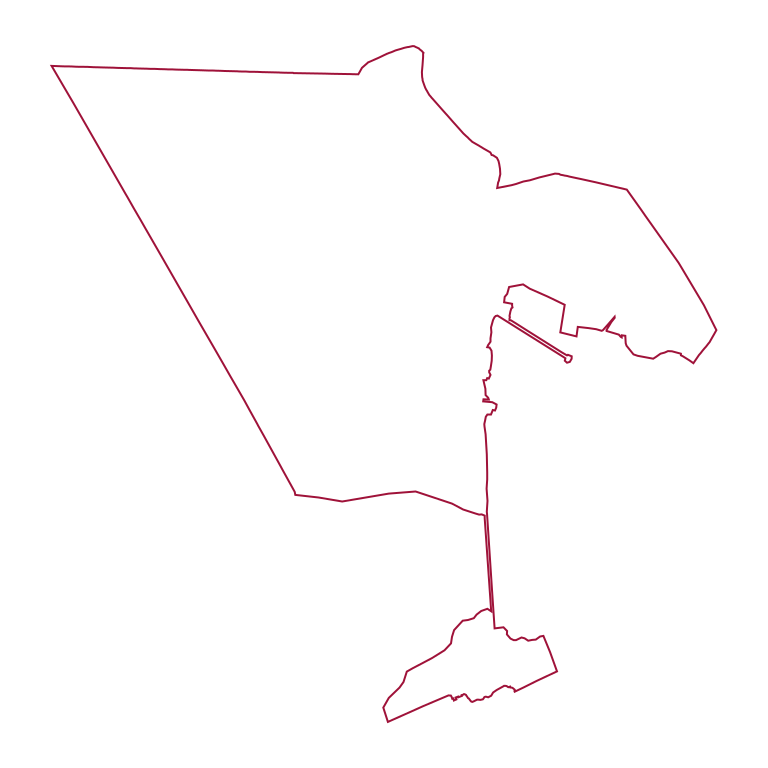 the district of Al Mansurah, `Adan, Yemen
{"feature_id": "15242507B60312566406637", "entity_name": "Al Mansurah", "entity_type": "district", "adm_level": 2, "iso_a3": "YEM", "parent_name": "Yemen", "parent_adm1": "`Adan", "projection": "natural_earth1", "projection_center": [44.982, 12.841], "detail": "fine", "context": "isolated", "style": "outline", "palette": "rose", "viewbox_px": 768, "rotation_deg": 0, "n_neighbors": 0, "source": "geoboundaries", "source_scale": "gbopen_adm2", "svg_char_len": 5463}
<svg xmlns="http://www.w3.org/2000/svg" viewBox="0 0 768 768"><path d="M571.6,358.8L571.7,356.3L567.9,354.8L567.0,355.4L561.7,352.3L525.5,329.5L515.6,323.2L510.9,320.3L509.5,320.2L509.5,318.3L509.9,317.2L509.5,316.0L510.4,311.4L511.4,308.3L512.5,307.5L512.1,305.7L512.1,303.8L504.1,302.3L504.7,296.9L507.2,293.9L509.1,287.0L523.1,284.4L529.8,288.7L547.5,296.5L564.7,304.8L560.3,332.4L576.5,336.4L577.8,326.9L588.6,328.1L596.2,329.2L601.7,330.8L602.9,330.2L608.4,324.0L614.6,316.8L614.7,317.8L611.3,322.1L609.2,325.6L606.5,330.0L606.6,331.0L609.0,331.7L618.8,334.6L620.7,336.8L621.7,337.4L621.8,335.3L625.3,335.8L625.7,343.2L626.5,345.7L633.5,354.4L637.6,355.8L653.2,358.7L656.0,356.9L660.5,353.7L664.6,352.6L668.0,351.1L672.0,351.3L680.9,353.7L680.9,355.3L682.9,356.3L689.3,360.3L693.4,363.2L699.0,355.0L699.8,354.1L700.6,353.2L702.6,350.6L704.7,348.1L705.9,346.8L707.0,345.4L707.6,344.6L708.7,343.2L709.5,342.3L712.1,337.7L714.0,334.4L716.4,330.1L714.9,327.2L703.9,305.2L681.2,267.1L678.6,262.8L653.0,226.6L645.4,215.9L640.9,209.4L626.8,189.6L595.8,182.3L580.8,179.0L576.0,178.0L569.5,176.6L568.7,176.4L567.7,176.1L566.2,175.8L564.7,175.6L563.1,175.2L561.3,174.9L560.4,174.7L559.0,173.9L555.0,173.6L554.6,173.7L553.5,174.0L541.6,176.9L539.5,177.4L537.5,178.0L529.8,180.3L523.4,181.5L516.0,184.0L511.5,185.2L497.2,188.0L497.5,186.3L498.1,182.6L499.0,180.4L499.3,178.5L500.3,174.2L500.0,168.8L499.2,164.0L498.5,161.0L496.9,157.8L493.1,155.3L491.6,155.0L491.0,153.6L490.3,152.4L487.9,151.0L486.5,150.2L483.5,148.5L481.3,147.1L479.9,146.3L479.0,145.7L476.0,144.0L472.2,141.8L471.2,140.8L469.2,139.0L467.7,137.4L466.3,136.2L464.8,134.8L463.3,133.4L460.2,129.9L453.3,122.2L446.9,114.9L445.7,113.6L442.4,109.9L432.6,98.8L431.4,97.5L430.9,96.8L429.3,95.0L427.6,92.1L427.4,91.7L427.1,91.1L426.2,89.7L425.2,87.7L424.9,86.9L424.3,85.3L423.6,83.3L423.0,81.6L422.6,80.4L422.5,78.9L422.4,78.3L422.3,78.1L422.2,77.4L422.1,76.5L422.0,74.2L421.9,72.1L422.5,65.4L423.1,57.0L423.1,55.5L423.1,53.5L423.5,52.9L421.7,50.9L420.8,50.2L419.5,49.2L419.0,48.5L417.1,47.6L416.4,47.3L415.9,47.1L414.2,46.2L412.6,46.1L408.6,47.0L407.5,47.1L405.2,47.6L404.0,47.9L401.2,48.8L398.7,49.5L397.3,49.9L395.3,50.5L394.9,50.7L393.5,51.3L391.6,52.1L388.4,53.2L387.4,53.7L386.5,53.9L386.0,54.3L385.3,54.6L384.4,55.0L380.7,56.8L378.8,57.7L367.9,62.5L367.6,62.9L362.0,67.8L359.3,72.6L358.3,74.3L353.1,74.2L350.6,74.1L332.0,73.8L324.6,73.6L293.5,73.1L293.0,72.8L291.4,72.8L288.9,72.8L283.6,72.7L280.8,72.6L280.1,72.6L279.3,72.5L275.1,72.4L270.8,72.3L266.5,72.2L262.2,72.1L257.9,71.9L253.8,71.8L249.7,71.8L245.4,71.5L241.2,71.5L238.2,71.4L237.4,71.3L233.3,71.2L229.1,71.1L224.8,71.0L220.5,70.8L216.4,70.7L212.1,70.5L207.8,70.5L202.1,70.3L188.6,69.9L187.3,69.8L184.6,69.8L180.6,69.7L176.3,69.6L172.2,69.4L168.0,69.4L166.6,69.3L163.8,69.2L159.5,69.1L155.3,68.9L151.0,68.9L146.8,68.7L142.6,68.6L138.5,68.5L136.0,68.4L134.3,68.4L130.2,68.1L125.9,68.1L121.8,68.0L117.6,67.9L113.5,67.7L109.2,67.6L105.0,67.5L101.2,67.4L98.4,67.3L93.7,67.2L88.0,66.9L82.6,66.8L79.0,66.8L75.6,66.7L72.1,66.5L68.5,66.4L66.6,66.4L64.9,66.4L61.7,66.3L51.8,65.9L51.6,65.9L52.2,66.9L53.9,69.8L64.2,87.4L73.0,102.4L125.6,194.0L127.2,196.7L133.5,207.8L138.2,215.9L140.2,219.3L145.8,229.1L160.2,254.1L187.6,301.9L198.0,320.1L208.0,337.4L214.6,348.8L223.0,363.4L230.3,376.2L235.0,384.3L244.3,400.4L249.7,410.3L257.4,424.2L258.1,425.6L263.6,435.4L280.8,466.6L282.3,469.4L288.6,480.8L294.7,491.8L295.3,494.9L318.6,497.5L342.2,501.5L388.8,493.6L415.6,491.5L434.6,497.8L452.0,503.6L463.1,509.5L475.4,513.5L479.1,514.6L481.7,514.4L484.7,515.6L484.7,518.4L491.2,611.3L487.4,608.8L481.2,611.0L476.6,614.6L473.8,618.2L468.0,620.0L462.7,620.7L454.1,630.1L452.0,636.8L451.0,643.4L444.5,650.3L431.8,658.2L412.8,668.2L406.8,671.6L403.5,682.0L399.5,687.6L388.8,697.9L383.3,707.6L387.9,721.9L402.5,715.4L423.5,706.0L448.5,695.4L449.7,695.5L450.8,695.5L451.5,696.6L452.3,698.8L453.4,698.4L453.9,700.5L456.4,699.4L455.7,697.5L458.1,696.6L458.3,697.3L461.9,695.9L461.7,695.1L463.4,694.6L463.9,694.1L464.6,694.2L466.0,694.9L466.3,695.6L466.7,696.0L468.1,698.2L468.8,698.5L470.6,700.9L471.3,701.6L472.4,701.9L473.8,701.3L477.0,699.7L478.7,699.7L480.3,699.9L482.1,699.5L482.9,699.3L483.8,698.1L484.2,697.3L484.8,696.9L485.7,696.7L486.4,696.8L488.2,697.3L491.2,695.7L493.1,692.5L496.7,690.0L503.2,686.4L504.1,685.8L505.2,685.9L505.9,685.9L506.7,686.1L507.5,686.7L508.3,687.2L510.1,686.6L510.3,687.5L511.8,687.6L512.7,688.0L514.6,689.6L515.2,690.6L515.1,690.9L514.5,691.2L514.7,691.7L523.5,687.5L536.7,680.9L546.9,676.1L557.0,671.4L550.1,652.2L543.4,635.9L540.1,636.5L535.8,639.6L532.2,639.9L528.2,640.7L524.6,638.3L521.5,637.5L516.1,640.1L513.6,640.1L510.5,638.6L508.7,636.5L506.9,634.4L507.1,631.0L503.5,627.3L494.6,628.4L492.1,591.4L487.0,513.4L486.8,511.8L487.5,500.9L486.6,488.7L487.2,479.4L487.2,472.4L486.8,454.3L485.6,434.2L484.5,426.5L484.3,424.1L485.2,420.0L485.8,416.8L487.4,414.5L491.0,414.5L492.8,410.0L495.0,410.5L496.2,407.7L496.6,404.5L492.3,402.2L483.2,401.4L483.5,399.3L488.8,399.5L488.2,397.8L485.6,395.1L485.4,388.8L483.4,380.2L486.3,380.2L487.2,378.1L488.8,378.6L490.5,374.9L489.2,372.3L489.2,370.7L490.3,369.7L490.8,366.8L491.7,360.8L491.9,355.6L491.5,350.7L489.6,347.6L487.2,347.2L488.1,345.1L489.4,343.3L490.5,341.7L490.5,338.3L491.4,332.3L491.0,327.5L493.0,320.2L494.4,317.3L495.7,316.0L497.5,315.6L509.6,323.2L563.3,356.9L565.4,358.3L564.8,360.7L567.0,362.7L569.8,361.9L571.6,358.8Z" fill="none" stroke="#9f1239" stroke-width="2"/></svg>